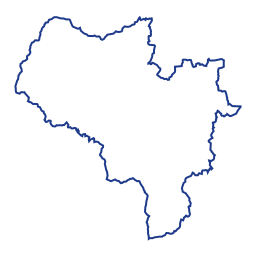 the district of Befotaka, Atsimo-Atsinanana, Madagascar
{"feature_id": "10022922B11101019287712", "entity_name": "Befotaka", "entity_type": "district", "adm_level": 2, "iso_a3": "MDG", "parent_name": "Madagascar", "parent_adm1": "Atsimo-Atsinanana", "projection": "robinson", "projection_center": [46.959, -23.944], "detail": "fine", "context": "isolated", "style": "outline", "palette": "blue", "viewbox_px": 256, "rotation_deg": 0, "n_neighbors": 0, "source": "geoboundaries", "source_scale": "gbopen_adm2", "svg_char_len": 5744}
<svg xmlns="http://www.w3.org/2000/svg" viewBox="0 0 256 256"><path d="M44.5,24.3L44.1,26.3L43.1,27.0L42.3,28.1L41.8,29.0L41.5,30.6L40.2,32.4L40.5,34.5L39.5,37.3L39.2,39.8L38.3,40.5L35.1,40.3L33.6,42.0L31.9,42.8L30.3,46.4L30.3,48.3L29.5,49.9L29.6,50.5L30.2,51.1L30.3,52.7L29.4,54.4L27.1,56.1L26.9,57.3L27.3,58.4L27.0,59.3L24.9,60.8L22.8,61.4L22.2,62.7L20.5,64.0L20.3,66.2L21.5,69.0L21.8,71.4L20.2,72.9L18.5,75.6L18.1,79.3L17.2,80.5L15.4,86.3L15.7,87.8L15.8,91.0L16.3,92.6L19.6,93.7L20.3,92.8L21.5,92.1L23.3,92.4L24.4,92.2L25.4,93.8L28.9,97.6L28.6,98.2L28.6,99.9L27.9,101.2L29.4,102.0L30.7,102.2L33.2,104.1L35.2,103.9L37.3,104.1L37.8,105.0L37.9,106.5L40.0,107.3L41.5,110.4L42.3,111.1L43.6,111.5L43.9,113.3L44.7,113.9L45.7,116.2L45.0,119.0L44.5,119.8L45.1,120.3L45.1,120.9L46.0,122.0L47.2,121.7L49.0,120.5L50.6,120.8L50.8,121.4L50.4,122.9L51.0,124.2L52.6,126.1L54.9,126.5L55.6,126.2L56.5,125.2L57.4,125.4L60.4,125.2L62.0,125.5L62.7,125.0L64.1,125.1L66.6,122.4L68.4,124.8L67.8,126.7L68.0,127.3L68.5,127.5L70.4,127.2L71.2,128.2L71.7,128.5L73.4,128.4L74.1,127.9L76.0,128.3L76.2,128.9L76.1,129.7L77.3,131.6L78.1,129.9L78.8,131.3L78.4,133.0L81.2,135.6L82.2,136.1L82.2,135.2L82.5,134.7L84.3,134.0L85.1,134.1L85.3,136.2L86.7,135.7L89.3,137.2L88.9,138.3L88.8,139.8L89.1,141.2L90.6,139.4L92.2,139.0L93.5,138.1L94.1,138.5L94.3,142.1L95.8,141.6L97.6,141.8L98.6,142.3L99.7,143.7L103.1,145.6L103.0,147.3L101.6,148.8L101.3,151.8L99.9,154.8L100.4,155.7L101.1,156.1L102.3,158.3L104.0,159.1L104.7,159.9L105.3,161.7L104.8,163.8L106.3,170.2L107.0,171.5L107.6,175.7L106.7,179.2L111.0,181.2L115.0,179.5L117.0,180.7L118.8,181.0L120.7,183.1L121.4,182.7L122.2,183.0L123.9,181.7L125.8,181.7L128.2,179.8L129.4,179.5L130.0,178.9L131.8,178.8L132.6,178.2L133.1,178.2L135.0,179.9L137.2,181.2L138.6,181.0L139.5,181.3L140.4,183.6L143.2,187.8L143.9,190.2L144.8,191.4L144.7,192.2L146.1,193.7L146.7,194.1L147.7,195.8L146.3,201.9L146.0,205.2L145.4,206.7L145.0,211.7L146.1,213.5L147.3,214.8L149.2,216.1L147.8,218.3L147.8,219.3L146.6,222.3L147.5,224.0L147.5,225.4L148.3,226.9L147.8,228.8L148.1,231.3L148.0,233.1L148.7,236.1L148.8,238.8L149.8,238.1L152.4,238.2L154.4,237.4L159.8,236.6L162.0,236.7L163.3,235.8L165.0,235.2L166.4,233.0L168.6,233.1L169.5,233.6L171.1,233.8L173.3,233.1L174.3,231.0L175.5,231.3L177.1,229.4L179.2,227.9L179.7,227.1L180.0,226.3L180.2,222.8L181.2,219.5L183.2,220.3L184.0,217.7L184.6,217.0L185.3,216.8L185.8,215.7L186.2,215.6L187.4,216.6L188.0,216.6L189.3,215.8L189.9,214.2L189.1,210.1L189.2,209.1L188.5,206.9L188.8,206.4L190.2,206.2L190.7,203.0L189.3,200.5L189.5,198.4L185.6,193.2L182.8,191.8L181.9,188.1L183.6,183.1L185.3,181.7L185.3,179.7L185.5,178.9L186.4,177.8L191.1,175.8L192.7,172.6L193.3,172.8L195.3,175.2L197.6,175.3L198.1,175.0L198.7,173.7L199.2,173.2L201.8,174.0L202.1,171.2L202.5,170.5L206.2,170.1L207.5,171.0L207.8,172.3L208.2,171.5L208.2,170.3L209.4,170.0L209.8,168.5L211.1,168.6L211.5,169.2L212.3,168.4L209.8,165.1L210.1,162.6L209.3,161.4L209.1,160.5L211.2,161.0L213.6,159.5L214.1,158.3L214.1,156.3L214.9,155.2L213.0,153.7L212.5,152.4L211.6,151.8L211.5,151.0L210.4,150.0L210.8,143.3L210.3,142.7L209.2,142.1L208.6,141.1L209.4,139.9L212.5,137.9L211.4,136.3L211.1,135.1L212.1,133.1L213.6,131.1L212.7,128.8L212.9,128.2L213.9,127.6L213.0,126.6L213.4,124.3L212.9,123.6L212.8,122.7L213.3,122.3L214.7,122.3L215.9,121.1L215.9,119.7L216.3,119.0L216.1,118.0L216.9,117.2L216.1,116.1L216.0,114.5L215.6,113.5L217.2,112.4L217.4,111.1L217.8,110.7L219.2,111.9L220.0,113.0L221.1,113.6L221.2,115.0L221.6,115.6L223.4,115.8L224.0,116.4L224.7,116.2L225.4,115.3L226.8,114.8L227.1,114.0L229.7,116.0L231.0,116.0L236.2,113.6L237.9,110.4L240.6,106.9L240.6,106.4L232.3,106.1L229.6,103.9L228.4,104.5L228.0,100.8L227.5,100.3L227.1,99.2L227.2,97.5L226.8,96.9L226.5,94.9L225.4,91.4L224.0,91.1L222.1,91.6L221.1,90.7L218.6,90.5L218.3,89.7L218.2,88.9L218.5,88.3L218.1,87.1L218.0,85.6L217.3,85.2L216.8,84.4L216.8,83.2L216.3,82.2L216.6,81.4L217.9,80.5L218.3,78.8L218.2,77.7L218.7,75.8L218.2,75.2L218.1,74.6L218.4,73.0L218.0,71.9L218.3,69.5L218.8,68.4L222.2,67.6L223.8,66.7L223.7,63.1L223.9,60.4L221.8,59.1L220.9,59.1L215.0,60.4L210.6,60.6L209.6,60.3L208.8,58.9L207.9,59.7L207.9,62.3L206.4,65.0L206.3,66.0L204.0,65.7L202.2,64.3L200.0,64.9L199.6,64.6L199.6,63.5L198.0,63.2L196.2,64.0L195.9,66.3L193.6,67.0L192.6,66.1L192.7,64.8L192.0,64.0L190.9,60.1L189.7,59.9L187.2,60.3L185.9,59.7L183.0,59.7L182.7,60.1L182.8,62.4L181.9,64.0L181.7,66.1L175.0,66.7L175.1,70.9L174.8,72.2L171.9,74.9L171.6,76.4L169.4,77.5L169.1,79.7L167.6,79.8L166.6,78.8L164.2,79.1L163.0,78.1L161.2,77.9L157.3,75.0L157.2,74.4L159.9,70.8L160.4,69.5L160.2,68.4L158.9,67.6L157.1,65.1L152.8,62.8L152.2,62.9L151.3,64.1L150.8,64.1L150.0,63.5L148.3,63.6L148.5,62.8L149.9,61.9L150.7,60.5L152.2,56.8L152.2,55.5L152.6,53.7L154.0,53.1L154.0,50.1L154.9,46.4L154.8,45.6L154.3,45.2L149.5,44.8L148.3,43.9L148.1,43.0L148.1,42.0L149.5,41.1L148.7,39.5L148.6,36.3L149.1,35.9L150.5,36.0L151.1,34.5L150.7,32.4L151.0,31.3L150.7,29.9L149.8,28.1L150.0,27.0L148.8,26.2L149.1,25.1L151.8,20.8L151.9,19.2L151.6,18.3L150.4,18.8L149.4,18.5L148.6,19.2L147.1,19.0L145.9,18.3L145.3,18.9L145.3,19.8L143.8,18.9L140.9,20.1L140.1,19.3L140.1,18.1L139.7,17.4L139.1,18.0L137.2,21.7L134.9,22.3L134.7,23.9L134.2,24.5L132.5,24.7L130.0,26.4L128.3,26.8L126.5,26.8L125.0,26.4L124.4,26.6L122.4,28.6L122.2,30.7L121.6,31.4L119.2,32.0L117.0,31.8L116.0,31.3L113.5,33.6L107.3,34.7L106.6,35.9L105.5,36.6L104.0,38.9L102.3,39.8L100.9,39.2L100.0,37.1L99.0,36.4L96.5,36.6L94.6,35.5L93.1,36.1L88.2,35.9L86.7,34.4L84.1,33.5L80.8,30.7L80.0,27.8L78.7,28.6L77.7,28.7L72.9,26.6L72.1,25.4L69.9,19.9L69.0,19.4L66.1,19.4L63.7,18.5L60.7,18.4L56.7,17.2L54.5,17.2L53.7,17.5L51.6,19.1L49.0,19.8L48.0,22.3L45.6,22.7L45.3,23.7L44.5,24.3Z" fill="none" stroke="#1e3a8a" stroke-width="2"/></svg>